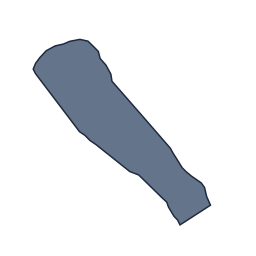 the district of Jundiá, Rio Grande do Norte, Brazil, rotated 130°
{"feature_id": "56859067B95272256467362", "entity_name": "Jundiá", "entity_type": "district", "adm_level": 2, "iso_a3": "BRA", "parent_name": "Brazil", "parent_adm1": "Rio Grande do Norte", "projection": "mercator", "projection_center": [-35.342, -6.25], "detail": "fine", "context": "isolated", "style": "filled", "palette": "slate", "viewbox_px": 256, "rotation_deg": 130, "n_neighbors": 0, "source": "geoboundaries", "source_scale": "gbopen_adm2", "svg_char_len": 624}
<svg xmlns="http://www.w3.org/2000/svg" viewBox="0 0 256 256"><g transform="rotate(130 128 128)"><path d="M116.3,82.5L110.3,120.1L102.5,170.3L97.8,175.7L94.0,185.3L92.7,194.0L88.4,200.0L87.8,206.5L87.2,214.5L91.0,221.8L99.0,228.3L105.1,231.4L112.0,236.6L121.3,240.3L130.6,240.8L137.7,240.4L143.8,238.5L145.8,233.8L162.0,162.7L161.3,156.4L162.0,149.1L161.3,142.2L160.2,98.6L157.1,89.6L159.6,56.7L159.9,50.6L162.6,46.1L166.1,35.9L166.6,30.8L168.8,25.9L134.1,15.2L130.0,23.6L124.4,31.1L123.0,36.5L124.1,48.7L124.1,55.8L123.6,61.0L120.3,71.0L118.4,77.1L116.3,82.5Z" fill="#64748b" stroke="#1e293b" stroke-width="1.5"/></g></svg>